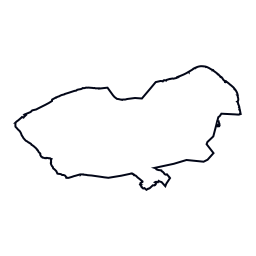 Hof van Twente, Overijssel, Netherlands (Robinson projection)
{"feature_id": "6326949B30942304691206", "entity_name": "Hof van Twente", "entity_type": "district", "adm_level": 2, "iso_a3": "NLD", "parent_name": "Netherlands", "parent_adm1": "Overijssel", "projection": "robinson", "projection_center": [6.584, 52.236], "detail": "fine", "context": "isolated", "style": "outline", "palette": "ink", "viewbox_px": 256, "rotation_deg": 0, "n_neighbors": 0, "source": "geoboundaries", "source_scale": "gbopen_adm2", "svg_char_len": 5418}
<svg xmlns="http://www.w3.org/2000/svg" viewBox="0 0 256 256"><path d="M155.7,82.1L150.2,88.7L141.9,98.5L135.0,98.0L127.2,99.0L125.4,99.5L121.8,99.6L121.8,99.8L118.1,99.0L117.0,98.9L114.5,97.0L113.0,95.3L107.5,87.7L106.2,87.8L99.2,88.6L99.2,88.3L95.3,88.3L94.7,88.0L93.3,88.1L92.4,87.9L91.0,87.8L88.6,87.6L87.1,87.7L86.5,87.6L86.1,87.7L85.7,87.7L85.0,88.0L83.7,88.2L82.9,88.0L82.5,88.2L81.9,88.7L80.8,89.1L78.5,89.5L77.2,89.8L76.2,90.6L74.5,90.9L74.4,90.9L68.0,93.0L64.7,94.0L64.5,94.3L61.5,95.1L60.0,95.8L59.2,96.3L58.4,96.5L56.7,97.2L56.4,97.5L56.1,97.4L55.9,97.7L55.0,98.0L52.1,99.6L52.0,101.0L48.8,103.0L46.7,104.1L45.8,104.6L37.2,108.9L36.4,109.4L32.2,110.4L30.6,112.0L29.2,112.6L24.3,114.6L24.2,114.7L24.6,114.9L25.7,115.3L24.1,116.8L23.5,117.6L22.0,117.0L21.2,117.8L18.3,120.3L16.5,121.6L15.4,122.7L15.6,122.7L15.4,123.9L15.4,126.2L15.5,126.3L15.6,126.9L15.8,127.1L16.7,128.0L17.9,129.4L19.9,131.3L21.0,133.3L21.7,135.3L22.0,135.6L22.2,136.1L22.8,136.9L23.3,137.9L23.6,138.3L25.3,140.2L25.8,140.7L26.5,141.1L27.0,141.3L28.3,142.3L28.9,142.5L29.1,142.8L29.4,143.0L29.7,143.2L30.0,143.2L30.9,143.8L31.2,144.1L31.4,144.6L31.5,144.8L32.4,145.2L32.7,145.5L33.6,146.1L35.0,147.4L35.5,147.7L36.5,148.9L37.1,149.4L37.3,150.1L37.8,150.3L37.9,150.5L38.1,150.8L38.3,151.5L38.7,152.0L39.2,152.6L40.0,153.2L40.4,154.0L40.2,154.8L40.7,155.6L41.1,156.5L42.3,157.2L42.5,157.6L43.5,157.7L44.0,157.9L45.1,158.2L45.5,158.1L46.0,158.2L46.2,157.9L46.6,157.9L48.0,158.0L48.7,158.3L49.6,158.2L50.0,158.4L50.3,158.4L50.5,158.7L51.5,159.0L51.4,159.2L51.2,159.5L50.9,160.0L51.1,160.8L51.1,161.2L51.0,161.6L51.0,161.8L50.9,162.2L51.1,162.6L50.8,163.2L51.1,164.0L51.1,164.4L51.3,164.7L51.4,165.0L52.0,166.1L52.8,167.0L53.2,168.4L53.7,168.8L54.1,169.0L55.4,170.2L55.8,170.7L56.3,171.1L57.4,173.6L58.3,173.8L60.1,174.0L61.2,174.3L61.8,174.7L62.1,175.0L63.7,175.0L64.5,175.4L65.2,175.7L66.0,176.9L66.3,177.1L66.2,177.7L66.8,177.9L68.4,177.9L71.8,176.9L74.4,176.0L75.0,175.9L79.1,174.7L80.2,174.4L80.7,174.4L80.7,174.5L80.8,174.4L83.2,174.4L83.3,174.6L86.3,174.9L87.6,175.2L91.6,175.5L102.2,177.0L104.1,177.3L108.4,177.8L121.3,175.7L130.2,173.8L130.6,173.6L131.3,173.6L131.6,173.4L131.9,173.4L132.2,173.5L132.7,173.8L132.3,173.9L132.8,174.1L133.0,174.0L133.9,174.8L133.9,175.1L134.0,175.2L134.4,175.1L135.0,175.4L135.2,175.5L135.7,175.6L136.8,176.6L137.4,177.3L139.6,179.0L142.5,181.4L142.4,182.0L141.6,182.3L141.1,182.7L141.2,182.9L140.7,183.4L140.4,183.4L140.3,184.3L140.4,184.5L140.6,184.6L140.2,184.7L140.8,185.7L141.7,186.8L141.6,187.1L141.8,187.3L142.0,187.3L142.4,187.8L142.8,188.2L143.2,188.5L144.5,188.1L145.4,189.0L145.8,189.2L146.4,189.8L147.6,189.1L147.7,188.9L148.1,188.7L148.2,188.8L148.7,188.7L149.8,188.1L150.8,187.2L152.8,185.3L154.1,185.4L154.4,185.4L155.0,185.1L155.0,184.8L155.5,184.6L155.7,184.4L155.6,184.0L155.7,183.7L155.9,183.5L155.9,183.1L156.1,182.7L155.8,182.5L155.1,182.2L155.6,181.9L156.2,182.1L156.4,182.1L156.6,181.9L157.8,182.3L158.1,181.9L158.7,181.5L158.6,181.0L158.7,180.9L158.8,181.0L159.2,181.4L159.8,181.6L160.4,181.7L161.6,182.1L165.3,186.2L166.3,183.7L170.0,178.1L169.3,177.3L169.4,177.2L168.8,176.5L166.9,174.3L166.0,174.7L165.4,174.5L164.8,174.2L164.2,173.6L164.0,173.3L163.8,172.8L163.3,172.4L163.0,172.0L162.0,171.4L161.7,171.1L161.4,170.4L160.7,170.4L160.2,170.2L158.7,170.1L157.3,169.7L156.8,169.5L156.8,169.4L156.0,168.8L156.0,168.7L155.6,168.4L155.2,168.1L154.6,167.9L173.8,163.8L186.5,160.0L203.6,161.7L207.6,159.7L213.5,153.1L206.6,144.2L207.4,142.0L213.3,136.4L216.1,125.7L216.2,125.4L216.6,123.7L216.8,124.3L217.0,124.7L217.8,125.2L217.8,125.4L217.7,125.8L217.6,126.1L217.7,126.3L218.3,126.3L219.2,126.2L219.4,125.5L219.6,125.2L219.4,124.8L219.1,124.3L219.4,123.9L219.3,123.5L219.0,123.0L218.6,121.3L217.2,121.5L218.3,117.2L219.5,116.3L219.8,116.0L221.4,113.7L235.3,114.4L236.5,114.5L237.5,114.5L237.8,114.6L238.8,114.6L239.6,114.4L240.6,114.0L240.2,113.4L240.5,113.2L239.8,109.6L239.4,109.5L239.6,109.1L239.3,107.5L239.1,107.4L239.3,107.0L239.0,106.1L238.8,105.3L238.2,104.2L238.2,103.8L238.2,103.6L238.0,103.1L237.9,102.5L237.2,101.7L237.8,101.5L238.3,99.8L238.1,99.1L237.7,98.9L237.8,98.9L238.2,98.2L238.0,97.8L237.7,96.2L237.8,95.6L237.7,95.5L237.8,95.5L237.7,95.5L237.6,94.6L237.3,93.5L236.7,92.0L236.6,91.9L235.8,90.4L235.3,89.8L235.1,89.4L234.8,89.1L234.5,89.3L234.4,89.2L233.9,87.9L233.2,87.2L230.9,85.2L230.4,84.8L230.3,84.7L230.0,84.6L229.2,83.8L227.2,82.2L226.7,81.9L225.9,82.1L225.8,81.4L225.0,81.7L225.0,81.0L225.0,80.9L224.0,80.5L223.7,80.2L223.0,79.3L222.4,78.2L222.2,78.1L222.0,77.8L221.6,77.3L221.5,77.1L221.1,76.9L220.8,77.0L220.7,76.7L220.4,76.5L220.1,76.5L219.9,76.0L219.6,75.7L219.0,75.1L217.9,74.4L218.0,74.2L217.8,74.1L216.7,73.1L213.3,70.6L213.2,70.4L212.7,70.4L212.8,70.1L212.7,70.1L211.8,69.6L211.6,69.6L209.1,68.1L208.9,68.0L208.5,67.8L207.3,67.2L206.5,66.9L206.0,67.0L205.9,66.7L205.6,66.6L203.5,66.3L203.3,66.4L202.2,66.2L200.8,66.2L199.4,66.4L198.1,66.7L197.2,67.0L196.8,67.2L196.6,67.4L196.4,67.3L195.5,67.8L195.2,68.1L195.0,67.9L193.4,68.7L193.4,68.9L192.0,69.8L191.8,70.0L190.5,70.7L189.3,71.5L189.2,71.5L188.7,71.8L188.7,72.1L188.5,71.9L186.1,73.3L183.7,74.5L179.2,76.4L179.1,76.5L179.0,76.4L178.5,76.6L178.4,76.8L178.3,76.7L177.1,77.1L176.8,77.9L173.3,78.7L172.4,78.5L170.1,79.0L170.0,78.9L166.6,79.9L166.1,80.6L165.5,80.3L164.5,80.4L164.2,80.2L163.6,80.4L162.8,81.4L162.1,81.1L160.5,81.0L155.7,82.1Z" fill="none" stroke="#020617" stroke-width="2"/></svg>